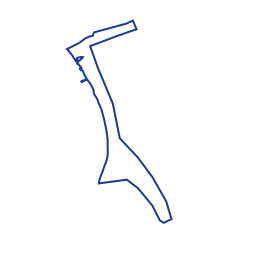 Vieux Fort/Laborie Highway, Vieux Fort, Saint Lucia, rotated 65°
{"feature_id": "8701671B74160923345613", "entity_name": "Vieux Fort/Laborie Highway", "entity_type": "district", "adm_level": 2, "iso_a3": "LCA", "parent_name": "Saint Lucia", "parent_adm1": "Vieux Fort", "projection": "orthographic", "projection_center": [-60.966, 13.732], "detail": "fine", "context": "isolated", "style": "outline", "palette": "blue", "viewbox_px": 256, "rotation_deg": 65, "n_neighbors": 0, "source": "geoboundaries", "source_scale": "gbopen_adm2", "svg_char_len": 2286}
<svg xmlns="http://www.w3.org/2000/svg" viewBox="0 0 256 256"><g transform="rotate(65 128 128)"><path d="M27.0,118.4L29.5,121.0L28.8,124.4L28.8,129.2L30.3,135.9L30.7,150.0L31.2,149.8L32.5,149.4L33.6,149.1L33.9,149.0L34.8,148.7L35.8,148.5L36.7,148.3L36.9,148.2L37.1,148.2L37.5,148.1L38.0,148.0L38.6,147.9L39.1,147.8L39.4,147.8L39.8,147.7L40.3,147.7L41.0,147.6L41.9,147.5L42.3,147.5L42.5,147.4L43.5,147.2L44.0,147.2L45.1,147.1L45.3,147.0L45.7,146.9L46.0,146.7L46.4,146.5L46.9,146.2L47.0,145.9L46.9,145.7L46.4,145.8L46.0,145.9L45.7,145.8L45.6,145.6L45.7,145.4L45.7,145.1L45.6,144.9L43.6,145.2L43.3,145.1L43.1,144.7L43.0,144.1L43.1,143.4L43.2,142.7L43.4,142.1L43.5,141.6L43.7,141.1L44.1,139.8L44.4,139.5L44.8,138.9L44.9,139.1L45.5,141.0L45.6,141.4L46.0,142.2L46.2,142.6L46.4,143.3L46.4,144.4L46.4,144.8L46.6,145.0L47.0,145.2L47.1,145.7L47.5,146.4L47.9,146.7L48.4,146.8L48.9,146.4L49.1,146.0L49.5,145.7L50.5,145.8L53.0,144.8L53.6,144.7L54.0,144.7L54.7,145.3L55.0,145.6L55.1,145.8L54.8,146.0L54.6,146.1L54.1,146.1L53.8,146.3L53.7,146.5L53.9,146.6L54.6,146.5L55.5,146.5L55.7,146.4L55.8,145.6L56.4,145.1L56.7,144.9L57.1,144.9L57.6,144.8L58.6,144.9L59.7,144.8L60.6,145.0L61.7,145.0L63.7,144.8L66.0,144.7L66.2,146.4L66.1,149.0L66.0,150.6L66.7,150.7L66.7,148.3L66.8,146.0L66.8,144.6L67.9,144.2L69.1,144.1L70.9,143.7L72.8,143.3L74.1,143.2L76.3,143.2L77.3,143.1L78.5,143.2L79.4,143.3L80.6,143.8L82.1,144.3L83.6,144.3L85.3,144.1L86.5,143.9L88.3,143.7L89.2,143.7L90.1,143.7L92.1,144.0L93.0,144.1L94.0,144.1L96.4,144.0L99.6,144.2L102.2,144.5L103.0,144.7L106.6,145.4L109.9,146.0L113.9,146.9L115.9,147.4L117.9,147.8L122.5,149.0L122.8,149.0L123.0,149.2L125.4,149.9L127.9,150.7L130.7,151.7L134.0,153.3L138.1,155.1L140.0,156.0L142.1,156.9L143.8,157.9L145.4,158.8L147.4,160.5L149.0,161.7L151.1,164.0L153.4,166.3L155.9,168.6L157.9,170.7L159.7,172.7L160.7,173.6L161.8,174.8L162.4,175.3L163.0,175.7L163.7,176.4L164.4,176.9L165.3,177.3L165.9,177.8L174.4,150.8L187.3,144.2L208.7,138.7L225.2,138.2L229.0,135.8L229.0,127.4L229.0,127.1L222.2,126.1L210.8,124.4L183.0,126.6L158.9,131.5L138.1,138.4L133.7,139.8L123.1,137.2L99.9,131.5L73.9,130.4L60.8,129.9L37.8,127.7L38.2,122.5L40.0,99.0L41.4,84.8L42.1,78.5L32.7,78.2L32.7,78.3L32.7,85.3L28.1,111.9L27.0,118.4Z" fill="none" stroke="#1e3a8a" stroke-width="2"/></g></svg>